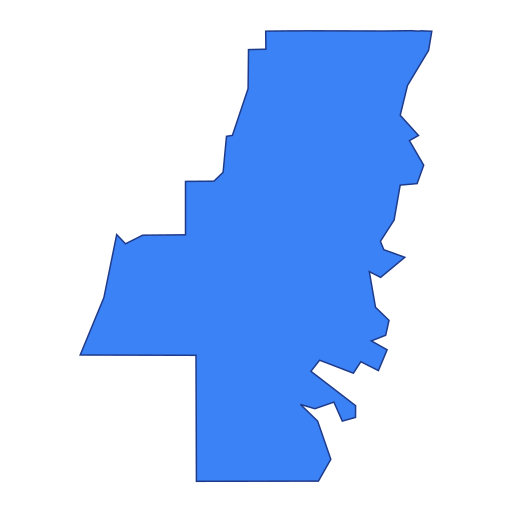 Whitfield, Georgia, United States of America (Natural Earth projection)
{"feature_id": "52423323B73898335258684", "entity_name": "Whitfield", "entity_type": "district", "adm_level": 2, "iso_a3": "USA", "parent_name": "United States of America", "parent_adm1": "Georgia", "projection": "natural_earth1", "projection_center": [-84.931, 34.802], "detail": "fine", "context": "isolated", "style": "filled", "palette": "blue", "viewbox_px": 512, "rotation_deg": 0, "n_neighbors": 0, "source": "geoboundaries", "source_scale": "gbopen_adm2", "svg_char_len": 893}
<svg xmlns="http://www.w3.org/2000/svg" viewBox="0 0 512 512"><path d="M103.9,297.6L80.2,355.0L157.6,355.2L196.0,355.3L196.4,473.4L196.4,481.3L318.4,481.1L330.8,459.3L317.6,421.1L300.4,404.4L314.9,408.7L333.9,402.1L342.3,421.1L355.5,417.4L355.6,405.7L310.9,371.3L319.6,360.2L353.4,373.2L360.8,361.7L378.4,370.6L387.1,349.8L371.3,340.9L385.7,335.2L389.0,320.4L375.5,307.3L369.3,271.6L380.6,277.4L404.8,257.3L383.8,249.7L380.4,241.3L394.1,220.0L400.2,185.1L417.1,183.6L423.7,165.2L409.4,140.6L418.5,135.5L400.2,115.3L407.5,85.4L428.6,50.3L431.8,31.2L431.5,31.2L425.1,31.0L422.0,30.8L418.5,31.1L410.9,30.7L385.1,31.0L381.9,31.0L305.5,30.8L300.5,30.9L289.5,30.9L268.6,31.1L265.7,31.2L265.9,49.2L248.5,49.6L248.1,88.6L232.4,135.4L226.5,136.3L223.1,172.3L213.9,181.2L185.5,181.4L185.5,234.8L142.6,235.2L125.5,243.8L116.7,234.6L103.9,297.6Z" fill="#3b82f6" stroke="#1e3a8a" stroke-width="1.5"/></svg>